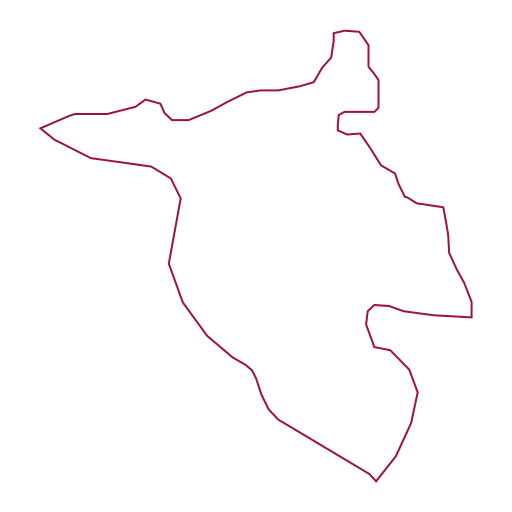 SVG path tracing the border of West Herzegovina
{"feature_id": "BIH-2227", "entity_name": "West Herzegovina", "entity_type": "Canton", "adm_level": 1, "iso_a3": "BIH", "parent_name": "Bosnia and Herzegovina", "parent_adm1": "", "projection": "robinson", "projection_center": [17.518, 43.363], "detail": "fine", "context": "isolated", "style": "outline", "palette": "rose", "viewbox_px": 512, "rotation_deg": 0, "n_neighbors": 0, "source": "natural_earth", "source_scale": "10m", "svg_char_len": 1313}
<svg xmlns="http://www.w3.org/2000/svg" viewBox="0 0 512 512"><path d="M283.8,422.9L278.2,419.6L268.6,409.3L261.3,394.3L256.1,378.4L251.9,370.2L245.3,364.7L232.6,357.4L207.1,335.8L182.8,302.4L168.8,263.7L180.7,198.4L170.8,178.4L151.3,166.6L90.7,158.1L54.3,139.6L40.4,128.3L68.7,116.1L75.0,114.0L107.3,114.0L135.5,106.8L145.5,99.6L160.4,103.7L164.5,113.0L172.0,120.1L188.6,120.1L211.0,110.9L225.9,102.7L246.6,92.4L260.7,90.4L278.1,90.4L299.7,86.3L313.8,82.2L322.1,67.8L331.2,57.5L333.7,41.1L333.7,33.2L337.1,32.4L344.5,30.7L358.3,31.7L359.3,31.8L363.6,38.1L368.5,45.2L368.5,59.4L368.5,66.7L374.3,73.9L378.5,80.1L378.5,95.4L378.5,107.8L376.8,109.5L374.3,111.9L365.2,111.9L351.9,111.9L344.5,111.9L339.9,114.4L338.7,115.0L337.8,125.3L337.8,130.4L346.6,134.3L346.9,134.5L350.6,134.3L360.2,133.5L369.4,146.8L381.0,165.3L395.1,173.5L398.4,183.7L405.0,197.1L406.8,197.1L416.7,203.3L443.3,207.3L445.8,220.7L447.6,231.3L448.2,235.2L449.0,250.2L449.1,252.7L456.6,269.1L462.5,279.8L464.0,282.4L465.0,285.0L471.6,301.9L471.6,317.4L469.7,317.3L434.2,315.3L416.6,313.0L403.5,311.2L389.3,306.1L374.4,305.0L367.7,311.2L366.1,324.5L367.9,329.4L374.4,347.2L375.9,347.4L390.2,350.2L409.3,369.7L410.4,372.7L417.7,392.4L411.1,423.1L395.9,456.2L376.1,481.3L369.5,474.1L283.8,422.9Z" fill="none" stroke="#9f1239" stroke-width="2"/></svg>